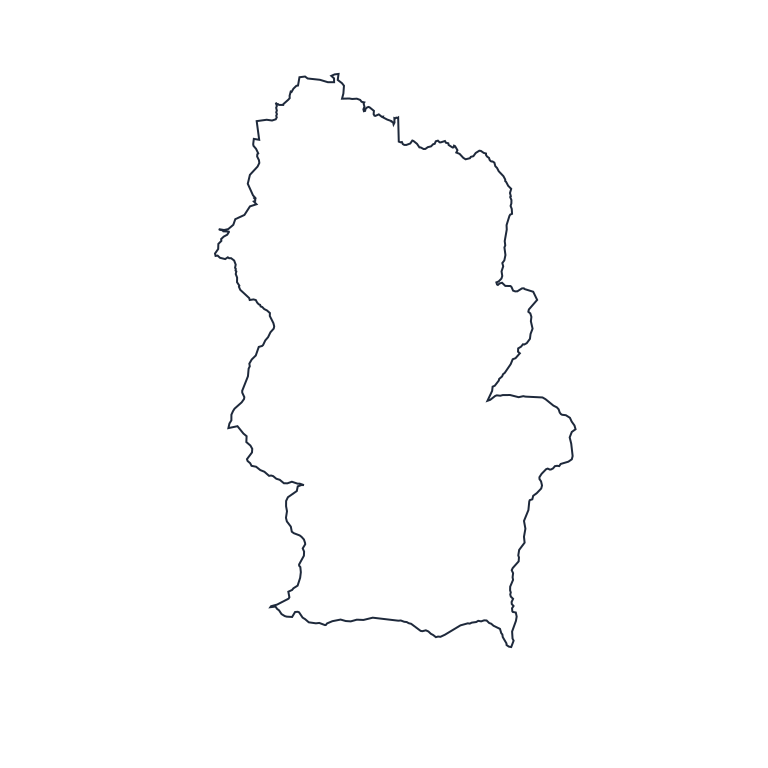 the district of Margau, Cluj, Romania, rotated 300°
{"feature_id": "2599482B38799369919058", "entity_name": "Margau", "entity_type": "district", "adm_level": 2, "iso_a3": "ROU", "parent_name": "Romania", "parent_adm1": "Cluj", "projection": "mercator", "projection_center": [22.901, 46.714], "detail": "fine", "context": "isolated", "style": "outline", "palette": "slate", "viewbox_px": 768, "rotation_deg": 300, "n_neighbors": 0, "source": "geoboundaries", "source_scale": "gbopen_adm2", "svg_char_len": 6166}
<svg xmlns="http://www.w3.org/2000/svg" viewBox="0 0 768 768"><g transform="rotate(300 384 384)"><path d="M533.4,474.6L538.5,467.1L536.5,458.2L536.8,457.3L535.8,455.7L530.9,453.1L529.8,451.3L529.4,449.1L531.7,446.0L532.1,444.6L529.6,440.0L530.7,435.6L528.8,433.8L526.7,433.1L526.7,432.1L528.2,430.5L530.1,432.0L534.0,433.0L536.7,432.4L540.3,429.5L545.5,428.4L547.9,426.0L551.2,426.4L556.4,424.7L562.5,420.0L564.7,419.7L568.1,417.1L579.1,413.1L582.9,410.7L592.2,408.6L593.8,408.6L595.4,409.8L599.5,407.1L601.5,404.6L604.1,404.0L607.0,402.4L609.0,399.8L610.0,400.0L612.4,397.6L616.6,396.6L617.7,392.5L620.1,388.7L620.3,387.6L621.7,386.7L623.7,383.5L625.6,377.0L627.6,373.9L628.3,371.5L630.9,368.9L631.0,366.8L630.4,365.7L630.4,364.9L630.9,363.4L632.3,361.9L632.5,359.5L633.3,357.9L634.6,357.1L634.0,354.8L634.3,351.4L633.7,349.9L629.9,347.9L626.0,347.5L624.1,345.6L622.5,345.5L619.4,342.3L619.5,339.6L621.1,334.4L620.6,330.9L623.2,330.7L625.5,326.6L625.4,325.5L623.7,325.9L623.1,325.2L623.3,320.5L624.6,319.3L623.9,317.0L624.9,315.3L621.6,312.3L621.1,311.3L621.7,309.0L620.1,307.5L617.3,307.8L616.3,306.7L613.3,305.9L611.0,303.5L608.3,302.3L607.3,300.8L607.2,297.4L606.6,296.4L608.5,292.5L609.2,288.0L609.0,286.8L605.4,286.5L602.1,283.7L601.2,282.0L601.2,280.3L602.5,278.5L601.6,277.6L601.3,275.6L621.9,263.0L621.0,262.5L620.8,261.4L619.7,261.0L619.5,260.0L615.6,262.4L613.6,262.5L615.1,261.1L615.0,259.2L615.4,259.0L614.6,254.5L614.4,249.5L615.0,249.4L614.3,248.4L614.9,244.7L611.9,242.5L611.6,241.6L612.5,240.1L615.5,238.7L616.4,233.1L616.1,231.9L614.5,230.8L612.8,230.5L611.1,231.1L610.2,230.2L611.6,228.8L614.4,228.4L616.7,226.1L618.0,226.1L617.2,223.5L618.1,221.3L617.5,217.8L614.9,213.9L613.9,211.2L610.1,205.0L615.2,203.6L622.3,200.2L623.5,197.2L624.2,191.9L629.8,189.6L627.4,186.4L624.5,184.3L623.7,187.9L620.4,189.9L617.3,184.5L615.4,176.4L610.4,165.1L610.8,161.9L607.4,157.4L599.5,160.3L598.4,159.0L594.5,157.9L590.7,157.9L590.6,157.0L586.5,158.1L584.4,159.4L582.4,159.0L576.1,156.9L575.3,157.2L573.2,153.5L573.4,152.2L572.9,151.2L573.5,149.6L571.2,152.2L569.3,152.5L567.2,154.5L565.4,154.8L564.2,156.3L562.3,156.6L561.3,157.8L559.1,157.9L556.2,155.3L554.2,150.3L548.0,142.3L533.1,153.8L531.2,148.7L526.3,150.8L525.0,151.9L523.7,155.6L520.8,159.8L519.6,159.4L517.6,160.4L515.3,163.8L513.1,165.5L509.1,165.8L498.1,163.3L489.3,165.9L481.9,176.2L480.8,179.5L480.0,178.8L479.5,180.2L478.1,180.9L477.0,180.0L475.9,183.7L470.8,179.1L460.6,178.6L452.4,172.8L446.5,173.9L440.2,171.6L437.4,168.5L435.5,163.5L435.5,164.9L436.4,167.3L435.9,168.5L438.1,172.8L438.3,173.5L438.0,173.7L434.9,173.6L431.5,171.5L428.1,170.5L426.6,171.6L422.5,170.5L418.0,172.9L412.5,172.4L410.7,174.1L412.0,175.7L411.3,178.9L412.8,184.0L415.6,185.4L415.5,186.9L416.5,188.7L416.0,192.5L413.2,195.9L410.2,196.9L409.6,198.1L408.0,198.7L407.7,199.8L405.1,200.6L402.7,203.6L398.7,205.8L396.8,209.6L395.7,209.7L393.7,212.4L391.0,224.3L389.6,225.7L392.0,228.7L392.6,231.0L391.1,233.4L390.4,235.6L390.6,237.1L389.5,238.4L389.8,240.1L389.0,242.8L389.2,245.8L388.4,249.7L385.8,251.1L381.4,257.8L379.0,260.1L376.8,260.8L372.0,259.8L366.6,260.2L362.4,259.4L357.3,259.8L356.0,259.4L353.5,257.0L344.6,258.7L339.1,257.2L334.3,257.2L332.2,258.9L329.6,259.1L322.7,262.3L307.2,264.6L305.6,265.6L302.8,269.6L301.0,270.3L296.9,269.9L287.9,266.9L285.0,266.8L281.1,267.2L276.2,270.0L272.5,269.9L268.0,271.3L274.2,278.2L270.8,287.0L270.1,291.1L264.9,293.8L263.9,299.1L262.0,302.3L258.7,303.9L250.4,302.9L249.1,304.4L248.5,307.7L246.9,310.2L248.4,314.6L247.6,319.9L248.2,324.3L247.0,330.4L248.3,332.0L248.8,334.1L248.1,338.1L248.9,341.6L248.0,347.0L249.7,350.0L253.3,353.1L254.5,359.1L255.6,361.0L256.4,365.2L255.3,363.1L252.2,360.5L247.7,362.0L237.9,357.4L233.8,357.7L229.2,360.3L225.3,363.6L219.1,366.0L216.4,368.6L213.9,374.6L210.0,378.0L209.7,380.5L210.7,386.7L210.4,389.0L209.3,392.4L206.9,395.1L205.8,395.9L201.0,395.8L198.9,398.6L195.2,400.5L185.3,400.7L184.2,401.4L183.6,403.1L179.4,406.1L174.2,408.3L166.2,410.0L161.8,407.7L159.7,407.4L156.3,405.0L152.0,408.7L150.4,408.7L139.5,401.7L135.1,397.3L133.9,397.2L137.0,401.3L135.8,403.8L135.5,406.3L133.5,410.3L133.4,414.1L133.9,416.1L136.3,420.9L142.1,421.0L143.6,423.2L143.8,424.6L141.0,430.3L140.9,433.3L140.0,438.0L142.7,444.7L144.7,447.4L145.7,453.4L146.2,454.1L148.2,454.4L152.8,457.9L158.3,464.2L159.6,469.4L161.8,473.9L166.3,478.3L169.4,484.2L176.0,491.1L186.2,514.8L187.6,516.8L188.2,520.4L189.2,522.7L189.2,525.0L189.9,527.4L188.5,539.2L189.1,540.8L191.6,543.4L191.9,546.2L191.1,549.5L191.2,552.1L190.7,555.5L192.3,557.1L193.3,559.3L197.3,562.1L213.2,570.9L218.6,576.2L219.4,578.1L221.2,579.3L224.0,582.9L226.0,584.0L227.0,586.8L229.4,588.9L230.5,591.1L229.6,594.6L230.0,596.7L229.4,599.7L229.9,606.9L226.8,610.2L226.3,611.7L224.2,613.4L220.6,619.7L219.2,620.7L219.0,623.5L219.8,625.7L226.5,624.6L227.8,622.6L233.7,618.7L244.8,616.7L248.9,615.2L252.0,612.4L251.0,609.5L251.3,608.8L253.8,607.0L256.5,607.2L257.3,604.7L259.0,603.5L262.5,603.2L263.3,600.1L264.8,598.6L266.9,598.0L268.3,596.4L271.6,594.6L278.9,593.7L280.9,592.0L284.7,590.4L286.6,587.7L289.0,587.5L297.7,589.3L301.3,587.6L302.7,586.0L307.9,584.0L316.9,585.1L321.7,581.6L329.4,578.8L335.4,573.7L347.0,572.1L355.0,568.5L356.3,568.3L358.3,570.1L361.8,569.1L365.9,570.9L372.1,572.4L375.1,571.6L378.2,568.7L379.4,566.2L381.0,565.2L385.0,565.4L391.3,567.0L392.6,568.1L392.8,570.4L393.4,571.3L395.4,572.6L398.3,573.1L399.7,574.8L400.5,576.8L403.1,577.0L408.9,582.5L412.7,584.3L415.9,583.4L425.9,576.0L430.6,571.5L436.4,570.6L440.6,572.5L443.3,569.7L445.3,565.3L447.7,561.9L447.9,557.1L446.4,553.6L446.4,552.3L447.1,550.5L449.4,547.9L450.2,545.4L450.0,541.5L451.6,531.5L451.6,528.0L443.8,512.8L443.1,510.7L439.9,507.2L437.5,498.7L433.8,492.4L432.0,490.6L430.6,487.4L429.3,486.3L423.4,483.9L421.2,482.0L432.1,481.1L436.0,479.4L437.9,480.8L444.4,481.7L445.9,481.2L449.6,482.5L452.0,482.2L454.0,483.0L464.5,483.8L469.8,483.1L472.1,485.0L478.5,486.3L479.0,483.9L481.9,482.4L484.8,484.0L487.9,484.5L488.3,485.7L490.7,487.2L496.1,487.8L500.6,485.9L506.2,485.0L511.8,479.8L515.8,478.1L518.3,475.4L518.7,472.9L519.2,472.7L521.0,472.2L533.4,474.6Z" fill="none" stroke="#1e293b" stroke-width="2"/></g></svg>